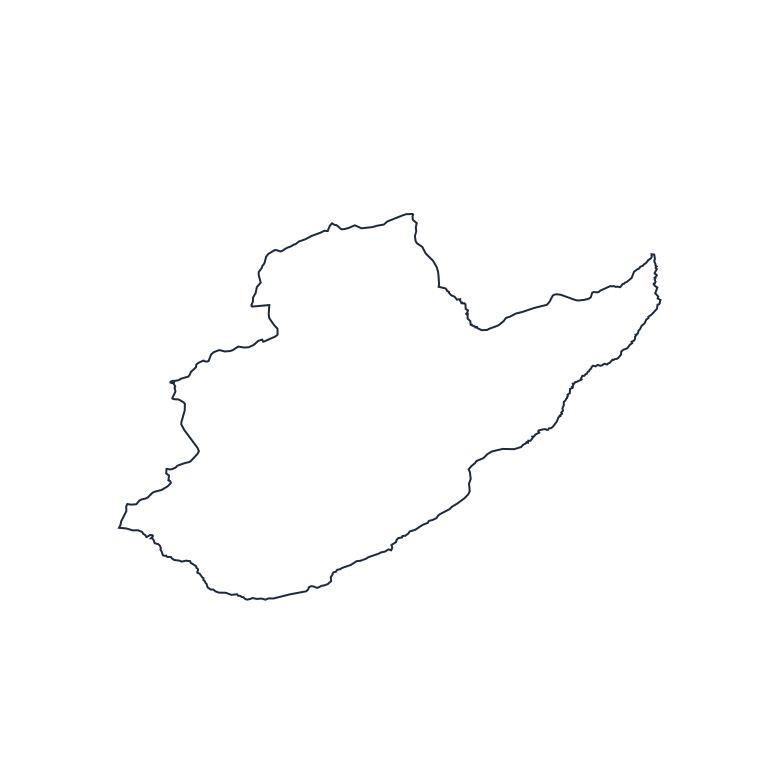 Tuek Phos, Kâmpóng Chhnang, Cambodia (Equal Earth projection), rotated 250°
{"feature_id": "14789045B78465140350357", "entity_name": "Tuek Phos", "entity_type": "district", "adm_level": 2, "iso_a3": "KHM", "parent_name": "Cambodia", "parent_adm1": "Kâmpóng Chhnang", "projection": "equal_earth", "projection_center": [104.364, 12.056], "detail": "fine", "context": "isolated", "style": "outline", "palette": "slate", "viewbox_px": 768, "rotation_deg": 250, "n_neighbors": 0, "source": "geoboundaries", "source_scale": "gbopen_adm2", "svg_char_len": 6159}
<svg xmlns="http://www.w3.org/2000/svg" viewBox="0 0 768 768"><g transform="rotate(250 384 384)"><path d="M339.5,85.8L336.3,92.6L332.4,97.8L330.7,102.8L327.7,106.1L325.5,106.5L323.8,108.0L321.5,108.4L321.4,109.5L322.1,112.2L321.4,114.4L320.6,114.9L319.8,114.6L318.7,112.3L318.2,113.5L316.5,114.1L312.8,114.1L310.6,117.2L308.6,118.1L306.3,118.2L304.8,117.3L302.4,117.8L298.7,117.6L297.4,119.4L297.2,120.6L296.1,120.8L295.4,121.8L294.4,124.5L292.6,125.1L290.3,126.8L287.9,131.5L286.3,133.1L285.7,137.5L283.8,141.3L282.0,141.2L277.2,145.1L275.2,144.9L274.3,145.7L272.8,145.7L271.0,144.1L270.4,144.2L268.7,145.9L264.4,147.1L263.2,148.0L261.6,147.2L259.8,148.3L258.2,148.2L257.0,148.9L253.2,148.7L250.1,150.9L249.2,153.3L246.8,154.7L244.4,157.5L242.0,163.8L238.0,168.6L236.7,174.0L234.8,174.6L234.2,176.2L232.4,177.6L231.7,179.0L230.1,179.6L228.3,181.3L227.7,184.8L227.9,187.1L225.5,191.1L224.2,195.7L221.9,198.8L222.0,202.3L220.3,206.6L218.5,223.7L215.8,240.1L217.2,242.9L218.7,243.8L218.9,246.3L218.0,248.4L215.7,250.8L215.2,252.1L215.7,256.7L215.2,258.7L215.2,262.7L216.9,267.0L220.7,267.9L222.3,270.2L223.6,271.0L224.3,272.1L224.1,274.6L225.4,276.4L225.0,279.5L225.5,281.9L225.3,291.0L226.9,297.6L225.9,301.5L226.0,307.8L226.6,309.9L226.4,321.2L226.8,323.3L226.2,327.5L227.0,331.7L225.3,333.9L227.2,335.7L230.2,336.0L231.3,341.1L233.0,342.3L234.3,344.8L233.7,348.4L234.8,349.4L234.1,352.0L235.1,355.5L236.7,357.9L236.3,363.3L238.5,372.4L238.5,377.6L239.8,379.0L240.0,380.2L239.6,383.0L240.0,387.5L241.6,389.5L242.5,391.7L244.0,402.9L245.5,406.1L246.5,411.6L249.1,420.4L251.4,425.3L253.9,427.9L261.3,429.8L265.1,433.0L271.9,434.6L274.9,434.3L277.1,438.3L278.5,442.4L280.0,444.5L280.3,451.9L282.8,457.4L283.7,462.4L282.4,473.3L278.2,484.1L277.9,491.3L279.4,494.2L279.7,497.0L280.6,498.0L279.6,499.1L281.4,500.2L280.6,502.1L281.0,503.0L282.7,505.5L283.8,505.4L283.4,507.1L284.7,508.8L285.2,513.2L286.7,512.8L287.5,513.5L286.9,518.5L286.2,520.5L285.1,521.4L284.9,522.6L285.9,523.9L285.4,525.6L286.0,528.0L289.6,533.5L293.1,536.6L293.5,538.6L294.2,538.4L295.1,541.1L296.6,540.8L297.9,543.1L300.1,543.4L302.8,545.8L305.7,546.8L306.4,548.7L308.1,550.6L308.2,551.3L309.2,551.7L309.7,552.6L311.2,552.8L311.8,555.4L315.8,557.2L315.7,559.7L316.2,560.2L317.0,559.8L317.6,561.1L318.4,561.5L319.7,561.5L319.3,562.9L320.4,564.2L320.1,565.2L320.6,570.8L320.8,571.3L321.7,570.9L323.8,573.1L323.2,574.9L324.3,577.1L324.2,578.0L325.7,579.6L325.9,581.2L327.0,582.0L327.7,584.0L328.8,584.7L329.7,586.6L328.2,588.9L328.9,591.3L327.2,593.5L326.9,594.9L327.7,597.9L326.0,600.3L326.7,601.8L326.6,603.0L328.7,607.1L328.1,607.9L328.4,609.4L328.0,611.7L328.3,613.0L330.5,616.7L333.4,618.1L334.3,620.7L334.4,625.1L336.7,628.3L337.6,631.3L339.0,631.1L339.3,633.9L340.7,635.4L342.6,636.1L343.7,638.0L344.2,637.6L344.6,639.7L347.2,641.6L347.9,643.3L350.7,646.1L351.9,649.6L354.8,652.5L355.5,655.0L356.6,655.3L357.8,659.3L361.3,666.2L365.0,668.2L364.8,669.7L365.5,670.8L366.5,671.0L368.3,672.6L370.8,670.4L372.4,671.6L376.5,669.9L381.2,673.9L383.2,672.3L385.6,671.5L386.1,671.8L386.0,673.0L387.1,674.1L389.7,674.1L390.5,675.2L391.2,674.6L392.6,677.4L393.4,677.5L395.2,676.1L395.7,676.2L398.7,679.7L399.8,679.0L400.5,679.1L401.2,680.4L402.4,679.6L403.7,680.1L406.3,679.9L407.8,680.4L408.7,681.3L413.2,682.2L414.4,679.7L411.9,679.0L410.7,677.7L410.1,674.9L408.2,671.9L407.3,668.6L406.6,667.9L406.5,664.9L405.3,663.3L405.0,660.6L404.0,657.4L399.0,653.0L396.9,647.3L396.7,644.7L396.1,643.9L396.4,642.5L394.2,639.1L395.8,636.4L396.0,635.0L397.5,633.2L397.7,631.9L398.6,630.1L397.8,619.3L397.1,617.6L397.1,615.9L398.6,612.9L398.6,610.9L394.8,608.0L394.1,605.8L394.6,600.6L396.2,594.6L397.4,592.6L407.5,580.5L409.4,576.6L409.7,573.8L409.2,572.6L404.6,567.7L402.7,564.1L404.1,551.1L404.4,538.6L405.1,531.9L404.2,525.3L404.4,521.2L402.2,518.0L400.1,511.9L399.9,510.1L399.9,501.4L399.5,499.6L401.1,494.3L404.6,490.8L405.7,490.9L405.9,489.5L406.3,489.7L407.1,488.5L408.0,488.3L408.5,487.0L409.8,486.8L410.0,485.7L413.6,486.6L417.0,484.9L421.0,486.6L421.2,485.5L421.8,485.2L423.0,487.0L424.5,488.1L426.5,486.4L431.0,487.8L432.4,487.1L432.9,485.2L433.6,485.3L433.7,484.4L436.7,484.1L437.6,484.6L438.3,481.5L442.0,480.1L444.4,477.5L447.6,476.2L448.3,476.6L450.1,475.0L451.5,475.1L453.1,474.1L456.6,468.6L458.8,469.8L465.8,471.9L471.0,473.2L475.8,473.5L483.1,472.2L492.4,467.8L499.7,466.9L505.1,463.0L507.6,462.6L512.5,463.7L516.6,466.6L520.3,467.4L523.9,469.8L528.5,467.2L531.4,468.0L533.3,469.3L534.0,468.9L536.0,462.8L536.1,458.9L535.6,442.8L533.9,438.4L535.2,430.8L535.3,427.3L538.0,416.1L543.1,410.9L542.7,403.7L543.2,399.2L544.0,396.8L549.3,393.9L550.6,391.8L552.8,390.1L551.2,387.2L547.0,383.4L548.4,380.3L547.9,376.2L547.9,366.6L546.9,359.4L547.0,352.6L545.6,348.6L545.9,347.1L545.2,344.1L545.1,339.2L543.9,333.3L544.0,332.0L546.4,329.0L547.2,327.3L547.0,325.8L545.7,319.6L543.9,316.7L538.7,313.2L537.2,311.4L536.9,310.4L535.0,309.0L532.0,304.5L529.5,303.6L521.4,302.8L518.6,297.7L513.4,294.5L510.1,290.6L506.5,289.1L503.2,286.3L502.2,286.2L501.8,286.8L497.4,303.2L489.2,299.6L485.1,298.7L477.2,300.8L472.4,302.8L466.8,300.9L466.0,299.0L465.7,296.8L465.0,286.5L465.0,285.0L467.4,284.7L467.5,280.5L465.3,275.1L464.8,269.5L466.1,265.0L469.0,259.8L467.5,253.2L467.7,250.3L469.0,245.6L472.2,240.9L472.2,235.3L471.0,231.7L465.7,227.2L465.5,225.8L465.9,224.6L466.8,223.1L467.7,222.6L467.7,221.7L467.4,217.1L466.5,214.3L464.0,213.0L461.4,206.7L459.0,204.5L457.9,202.7L458.4,195.1L457.8,192.5L458.5,188.2L459.4,186.2L459.0,184.1L458.4,183.8L457.5,184.8L456.8,187.0L456.0,186.5L453.1,187.0L452.0,185.8L449.2,185.7L447.9,185.1L443.4,180.4L442.7,180.2L441.7,181.2L439.7,185.7L435.5,189.3L433.5,190.1L427.5,187.8L417.5,180.6L415.4,179.7L409.0,180.6L387.9,186.9L384.2,187.1L382.0,184.7L377.5,175.8L377.3,174.0L377.8,170.1L377.9,163.3L377.8,161.8L376.6,159.2L376.5,155.6L377.0,153.5L378.6,150.6L374.5,148.7L371.6,150.6L367.1,148.5L366.3,149.7L364.2,150.0L363.3,148.9L361.8,145.6L360.5,138.6L361.2,131.6L361.0,129.3L358.2,123.3L357.9,121.2L358.4,116.8L358.1,114.1L355.7,110.1L357.2,104.9L359.0,101.8L357.3,100.0L352.7,98.4L344.8,90.1L341.5,88.0L339.5,85.8Z" fill="none" stroke="#1e293b" stroke-width="2"/></g></svg>